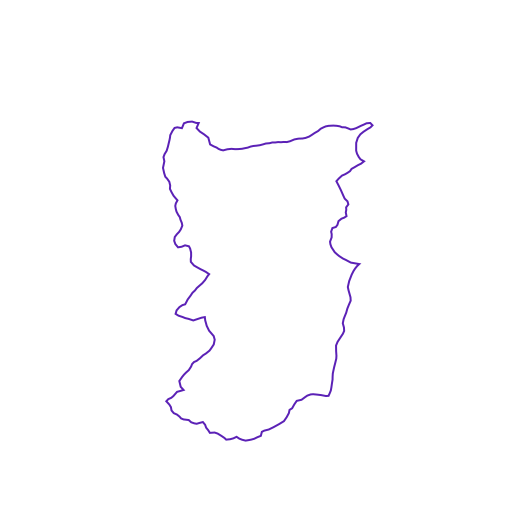 the district of Pederneiras, São Paulo, Brazil, rotated 37°
{"feature_id": "56859067B46538845072755", "entity_name": "Pederneiras", "entity_type": "district", "adm_level": 2, "iso_a3": "BRA", "parent_name": "Brazil", "parent_adm1": "São Paulo", "projection": "albers", "projection_center": [-48.87, -22.29], "detail": "fine", "context": "isolated", "style": "outline", "palette": "violet", "viewbox_px": 512, "rotation_deg": 37, "n_neighbors": 0, "source": "geoboundaries", "source_scale": "gbopen_adm2", "svg_char_len": 3858}
<svg xmlns="http://www.w3.org/2000/svg" viewBox="0 0 512 512"><g transform="rotate(37 256 256)"><path d="M271.8,426.0L276.2,426.8L279.0,427.9L281.5,430.2L284.9,431.0L288.3,430.2L291.6,430.3L293.9,430.8L296.5,430.1L298.9,428.7L301.0,427.5L304.3,427.8L307.4,426.8L309.6,425.7L311.2,423.5L313.5,420.6L316.9,421.4L319.5,423.1L322.7,423.9L325.6,425.0L329.2,421.9L332.2,420.9L336.4,420.5L340.3,420.3L342.7,420.6L345.6,417.9L347.7,415.2L349.3,412.1L352.6,411.9L355.5,411.1L358.8,409.7L360.8,407.6L362.7,405.5L364.6,403.0L366.1,400.0L368.1,396.7L366.5,392.9L367.7,390.5L370.6,386.9L372.9,382.4L375.6,376.4L377.7,371.1L377.5,366.3L376.8,361.7L375.4,358.7L376.5,355.9L375.9,351.5L375.7,347.2L378.9,343.4L380.2,339.0L381.0,336.6L383.0,333.6L384.8,332.0L388.1,330.0L391.7,327.9L396.2,325.7L398.1,324.0L397.4,321.0L396.7,318.4L395.3,315.6L393.2,311.8L391.5,308.6L389.9,306.4L388.1,303.7L387.0,301.4L385.3,297.7L383.8,294.1L381.9,289.7L380.3,287.3L377.2,283.7L373.8,279.3L372.8,275.4L372.2,265.8L371.5,262.8L369.3,260.2L365.8,257.5L364.0,253.7L363.2,250.9L362.2,247.1L360.6,243.0L359.5,238.9L358.5,234.7L356.3,232.1L350.4,227.6L348.0,225.5L345.5,219.9L343.6,213.2L342.9,209.2L342.7,206.3L342.8,203.2L343.3,200.3L335.7,204.2L329.9,205.1L327.1,205.7L322.4,206.0L320.0,205.9L316.6,205.6L311.0,203.6L308.3,201.8L306.5,200.0L305.2,195.6L303.3,193.0L301.4,191.4L300.2,187.7L302.3,184.8L302.3,182.1L300.9,178.5L301.8,174.8L303.4,172.2L304.3,169.7L301.5,167.2L300.3,164.8L298.7,162.9L298.7,159.2L296.2,157.3L292.3,156.8L289.3,155.2L287.0,153.9L284.3,152.4L280.0,150.2L275.2,147.9L275.5,144.3L276.3,140.0L277.9,137.2L279.0,134.6L280.0,131.7L279.9,128.9L281.3,125.7L282.8,122.0L284.3,119.1L285.3,115.4L281.3,115.9L278.5,115.1L275.1,113.5L272.6,111.6L267.9,105.3L266.2,100.4L266.1,96.0L267.1,92.0L268.7,87.5L270.0,84.4L270.4,81.5L267.2,81.0L264.4,83.5L263.0,86.2L261.5,88.8L260.3,91.2L259.0,93.7L257.3,96.1L255.4,98.0L253.0,98.6L249.9,99.5L247.2,101.4L244.9,102.0L242.2,103.4L239.3,105.3L235.7,108.3L233.7,110.5L232.5,112.6L231.1,115.4L230.4,118.8L228.8,122.5L227.7,125.7L226.6,128.6L224.5,131.9L222.4,134.2L219.2,136.8L216.5,139.8L214.1,143.9L212.1,146.4L209.3,148.4L207.5,150.1L205.1,151.7L203.0,153.8L200.7,155.5L199.0,157.7L196.1,160.3L194.6,162.4L192.4,165.2L189.9,167.7L187.7,169.7L185.8,171.9L184.2,174.4L182.4,176.4L180.3,178.8L177.6,181.2L175.1,183.2L171.9,185.2L168.9,188.0L166.2,191.4L164.0,192.4L161.7,193.0L159.3,193.1L156.2,193.9L152.2,194.5L146.7,190.2L141.3,190.1L136.3,190.4L131.5,189.6L130.2,184.3L128.2,185.7L124.1,187.1L120.7,190.1L118.6,193.4L119.9,198.5L115.7,200.6L113.9,202.7L114.0,206.3L114.8,211.1L116.1,213.3L117.2,215.6L118.8,219.3L119.9,221.8L121.3,225.7L121.7,229.7L122.6,232.7L125.8,235.5L128.7,241.6L132.8,245.1L135.9,247.3L138.4,247.7L142.1,248.9L145.0,251.3L146.9,254.2L150.0,255.8L153.9,257.5L156.9,258.2L159.8,258.8L160.3,262.2L161.4,264.6L163.5,266.6L165.8,268.4L169.2,270.0L171.7,270.8L173.9,272.5L176.8,274.2L178.9,276.1L179.9,280.0L180.1,283.0L179.7,286.3L179.7,289.7L181.5,293.1L184.4,295.0L188.5,296.0L191.1,293.3L192.9,290.2L196.6,288.6L198.9,289.7L202.0,292.2L204.3,295.2L205.8,297.8L207.5,299.9L212.2,300.9L216.2,300.4L219.7,299.9L222.2,299.4L225.3,298.9L229.5,298.7L229.4,301.3L229.8,305.8L229.5,310.0L228.6,314.3L228.0,317.2L228.0,320.2L227.4,323.6L227.6,327.3L227.6,331.8L228.1,334.7L228.5,337.2L226.8,339.5L225.6,342.9L225.3,347.2L226.6,350.6L230.0,350.3L234.1,348.9L236.8,348.2L240.0,346.8L244.7,345.2L249.6,338.1L251.9,335.6L254.3,338.1L256.7,339.9L258.6,341.4L263.5,343.9L270.4,345.4L273.4,347.7L275.5,352.1L275.8,357.1L275.8,359.6L274.7,364.0L273.5,367.1L272.8,371.3L271.7,375.5L270.3,378.0L270.0,380.8L270.7,383.3L271.0,387.6L270.3,391.1L269.9,394.1L269.8,396.9L270.0,402.0L274.6,405.8L278.8,406.6L276.8,409.3L274.7,412.0L274.3,417.6L273.7,420.2L272.1,423.1L271.8,426.0Z" fill="none" stroke="#5b21b6" stroke-width="2"/></g></svg>